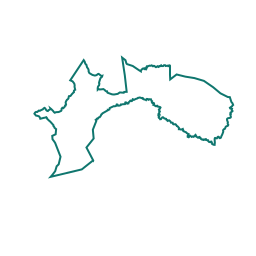 outline of Coicoyán de las Flores, Guerrero, Mexico, rotated 291°
{"feature_id": "50627088B16935461060546", "entity_name": "Coicoyán de las Flores", "entity_type": "district", "adm_level": 2, "iso_a3": "MEX", "parent_name": "Mexico", "parent_adm1": "Guerrero", "projection": "albers", "projection_center": [-98.212, 17.216], "detail": "fine", "context": "isolated", "style": "outline", "palette": "teal", "viewbox_px": 256, "rotation_deg": 291, "n_neighbors": 0, "source": "geoboundaries", "source_scale": "gbopen_adm2", "svg_char_len": 5967}
<svg xmlns="http://www.w3.org/2000/svg" viewBox="0 0 256 256"><g transform="rotate(291 128 128)"><path d="M178.0,219.0L179.1,218.2L180.9,219.4L181.3,219.5L182.0,218.3L183.2,218.2L182.9,216.4L183.4,215.9L185.7,217.4L186.5,217.5L187.2,217.9L188.6,216.6L189.2,215.4L189.7,214.9L193.3,212.0L192.7,210.1L193.5,201.9L196.6,192.8L199.2,182.0L198.4,172.1L196.5,163.1L195.4,154.2L188.5,150.0L192.8,148.1L200.7,145.1L201.3,144.8L201.3,144.0L200.9,143.7L200.6,144.1L200.1,143.4L200.4,142.7L199.4,141.0L199.8,140.5L199.9,140.0L199.3,138.9L198.6,138.8L198.4,138.6L197.9,137.2L198.0,136.7L198.3,136.4L198.0,136.2L197.5,136.3L197.3,136.0L197.1,135.1L196.2,134.9L195.9,134.6L196.3,133.5L196.0,133.2L195.7,133.2L194.8,132.3L194.8,132.0L195.4,130.4L195.2,129.7L194.6,129.3L194.5,129.0L195.0,127.7L194.2,126.8L193.9,125.7L192.8,124.5L192.4,124.3L192.5,124.0L192.5,123.6L192.0,123.4L191.4,124.0L190.8,123.9L190.7,123.4L190.2,123.2L189.7,123.9L189.3,123.8L189.6,123.1L190.0,122.5L189.9,122.3L189.3,122.2L188.9,122.4L188.8,122.2L189.2,121.2L188.7,120.4L186.3,119.4L185.5,119.7L185.9,117.5L187.6,110.2L187.3,104.2L187.7,103.4L190.4,101.3L191.6,97.3L176.1,106.1L161.3,113.8L160.3,111.5L159.4,111.4L158.3,107.7L158.0,107.4L156.2,106.2L154.4,103.2L154.0,102.2L153.7,100.9L153.6,96.6L153.6,96.3L154.4,95.6L154.2,95.5L154.5,94.5L154.6,93.7L155.2,92.5L155.5,91.0L154.8,89.8L153.8,87.7L153.9,86.5L152.9,86.0L154.1,85.5L155.5,85.2L156.5,85.3L157.4,85.7L159.1,85.4L159.6,84.8L161.2,84.6L164.6,84.4L166.6,85.4L167.5,85.3L167.0,84.7L168.0,81.2L167.5,80.5L166.1,79.7L165.1,78.3L164.8,75.8L165.4,72.3L166.6,71.0L167.7,70.6L168.7,69.9L169.4,69.0L169.9,68.1L172.2,66.4L172.3,65.8L172.8,65.0L174.5,63.7L175.5,62.3L151.8,57.0L151.7,59.5L150.7,61.2L149.9,62.2L148.5,63.0L147.3,63.3L144.8,65.0L144.4,64.6L143.5,64.2L142.7,64.3L142.1,64.7L141.3,64.3L140.8,64.0L139.0,63.3L137.7,63.0L137.1,62.6L136.6,61.5L135.6,61.5L134.3,61.8L133.3,61.5L132.5,60.9L130.8,60.6L129.6,60.6L128.5,61.2L127.9,61.7L126.6,61.7L126.4,61.2L125.2,61.3L124.2,60.8L123.4,60.6L123.4,59.5L122.1,59.1L121.1,59.5L120.1,59.5L118.3,57.8L117.7,56.9L117.5,56.2L116.8,54.9L116.0,54.2L116.2,53.4L117.2,51.7L118.1,49.7L118.5,48.5L117.9,49.0L116.1,47.4L115.1,47.1L115.0,46.4L115.3,45.4L116.6,43.7L116.9,42.9L116.1,42.2L114.9,41.8L113.4,40.3L112.4,39.5L112.4,38.6L111.8,38.2L110.5,37.6L110.1,36.4L109.1,35.7L107.8,35.5L106.6,37.7L106.9,39.0L107.0,40.6L106.3,41.9L105.2,42.8L107.4,45.9L108.0,47.0L108.8,47.8L108.4,48.6L107.7,49.1L106.6,51.6L106.2,52.9L104.9,55.5L103.9,57.4L103.2,57.6L102.5,58.8L101.8,59.4L101.2,61.3L96.2,62.7L93.5,60.1L90.4,61.6L89.0,63.9L87.9,65.4L77.0,75.3L69.2,76.3L66.7,75.1L61.6,75.5L57.2,74.2L54.7,73.3L72.8,99.7L85.0,106.9L84.9,107.2L85.2,107.2L94.9,96.2L105.9,99.7L113.8,95.8L123.4,95.9L124.0,95.0L124.9,95.7L125.3,95.5L125.8,95.8L126.1,96.6L126.8,96.6L127.7,97.2L127.9,97.7L129.2,98.1L130.6,98.3L131.0,98.2L131.7,98.7L132.5,98.9L137.4,102.9L137.8,102.7L137.9,103.1L138.6,104.0L140.1,103.8L143.3,106.9L143.5,107.9L144.5,109.1L144.9,109.4L145.4,109.0L145.9,109.0L146.1,109.5L146.1,109.8L145.3,110.8L145.9,112.1L146.7,113.0L147.4,112.9L147.8,113.8L148.2,114.4L149.2,116.6L149.6,116.6L149.7,116.9L150.0,117.1L150.4,116.9L150.9,116.4L151.1,116.6L151.2,117.1L151.1,117.7L150.7,118.3L150.5,118.7L151.1,119.6L151.9,119.4L152.3,119.5L152.9,119.8L153.2,120.0L154.3,120.3L154.5,120.5L154.3,121.5L154.5,121.9L154.9,121.8L155.5,122.0L156.0,122.0L156.6,122.1L156.6,122.7L156.3,123.4L158.0,124.9L158.6,125.8L159.7,126.5L160.0,127.2L160.5,127.6L160.8,128.6L160.8,129.3L160.7,129.8L160.9,130.3L161.2,130.6L161.2,131.1L161.1,131.5L160.8,131.8L160.5,131.8L160.4,133.0L160.6,133.5L160.7,134.2L160.5,134.9L160.9,135.0L161.9,135.2L162.1,135.9L162.0,136.2L161.7,136.8L161.7,137.0L162.3,137.1L162.5,137.4L162.5,138.0L163.0,139.1L162.7,139.3L161.9,140.2L161.7,140.8L160.9,140.8L160.0,141.8L160.0,142.0L160.3,142.3L160.6,142.7L160.6,143.0L160.3,143.5L159.9,143.7L159.3,143.7L158.7,143.5L158.7,144.1L158.9,144.3L158.6,144.5L158.3,146.4L158.4,146.6L159.2,147.1L159.3,147.4L158.8,148.0L158.6,148.5L158.9,149.1L159.0,150.0L159.0,150.7L158.8,151.0L157.8,150.9L157.7,150.8L156.3,150.2L156.1,150.3L155.9,151.0L155.7,151.1L155.0,151.1L154.7,151.2L154.6,151.8L152.9,151.6L152.3,152.2L152.3,151.5L151.9,151.4L151.3,152.1L150.7,151.8L150.4,151.9L150.0,152.9L148.8,152.9L148.5,153.3L148.2,154.4L147.7,154.9L148.1,155.6L149.0,155.7L150.3,156.3L150.3,156.9L150.5,157.1L149.9,158.6L150.0,159.0L150.2,160.3L149.5,160.8L149.5,161.7L149.0,162.0L148.8,162.6L149.6,163.2L149.9,163.6L149.6,164.6L149.1,165.6L148.4,166.2L148.9,167.8L147.8,168.7L147.7,169.1L147.9,169.7L148.5,170.7L148.5,171.2L148.2,171.8L147.8,172.1L147.6,172.8L147.3,173.0L147.3,173.7L147.0,174.4L146.3,175.6L145.6,175.7L145.1,175.9L145.5,176.9L145.4,177.4L145.7,178.4L146.8,179.5L145.6,180.5L145.2,180.4L144.9,180.9L144.8,183.9L144.3,184.6L144.0,186.8L143.0,186.6L142.0,186.5L141.1,186.9L141.1,188.0L141.5,188.2L142.3,188.0L143.1,188.8L142.5,190.6L143.2,191.2L143.2,192.2L144.6,192.9L144.2,193.4L144.6,194.0L145.4,193.5L145.7,193.6L144.4,195.2L144.0,196.9L144.8,197.3L145.3,198.0L144.5,198.7L144.7,199.3L143.9,200.1L143.7,201.4L144.0,201.6L144.3,202.1L143.9,202.8L144.5,203.7L145.2,204.0L145.5,204.7L144.8,205.1L145.2,207.0L144.7,207.1L144.5,208.1L144.1,208.4L144.2,209.8L144.7,210.0L145.2,210.5L145.2,210.8L144.5,211.2L144.0,212.0L143.3,212.2L143.0,213.7L143.3,214.9L145.5,214.3L148.3,213.0L149.4,212.7L149.7,212.7L149.9,212.8L150.0,213.0L150.0,214.1L150.2,214.7L151.1,215.0L151.7,214.9L152.2,215.3L152.2,216.0L151.4,217.1L151.4,217.4L152.1,218.1L152.7,218.2L153.9,218.1L155.4,218.3L158.3,218.3L159.1,218.1L159.6,217.7L160.2,217.6L161.2,217.9L161.4,218.1L161.6,218.5L161.9,218.7L162.8,218.8L163.5,218.7L164.4,218.9L165.1,219.5L165.7,220.3L165.9,220.4L166.5,220.5L166.9,220.5L167.3,219.9L168.2,219.3L169.2,219.2L170.5,217.9L171.6,217.3L172.2,217.3L172.8,217.7L173.1,218.0L173.8,219.3L174.3,219.9L174.7,220.1L175.2,220.1L177.5,218.5L178.0,219.0Z" fill="none" stroke="#0f766e" stroke-width="2"/></g></svg>